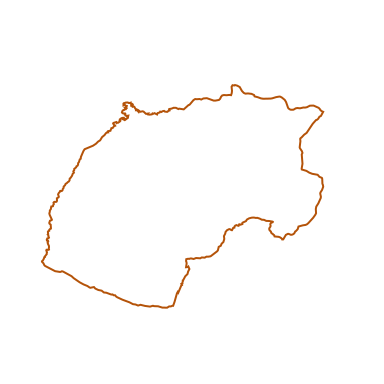 outline of El Castillo, Meta, Colombia, rotated 115°
{"feature_id": "7082276B77029977474757", "entity_name": "El Castillo", "entity_type": "district", "adm_level": 2, "iso_a3": "COL", "parent_name": "Colombia", "parent_adm1": "Meta", "projection": "robinson", "projection_center": [-73.882, 3.627], "detail": "fine", "context": "isolated", "style": "outline", "palette": "amber", "viewbox_px": 384, "rotation_deg": 115, "n_neighbors": 0, "source": "geoboundaries", "source_scale": "gbopen_adm2", "svg_char_len": 6057}
<svg xmlns="http://www.w3.org/2000/svg" viewBox="0 0 384 384"><g transform="rotate(115 192 192)"><path d="M63.9,107.0L63.9,108.9L63.3,110.6L62.8,111.2L62.2,112.8L62.3,118.3L63.9,121.6L66.6,123.7L67.7,125.2L68.4,126.8L70.5,129.5L71.4,132.1L72.4,133.4L74.5,134.8L75.6,137.0L75.8,137.9L75.5,139.8L75.1,140.5L70.7,144.8L69.3,146.9L68.4,150.5L68.3,152.3L68.6,153.2L70.5,155.9L73.3,159.0L74.2,160.4L77.4,166.9L78.0,169.0L78.3,172.5L78.9,175.7L77.9,176.7L77.9,179.5L79.0,182.9L80.3,185.2L80.3,187.0L79.3,189.5L76.7,193.1L76.5,195.9L76.9,198.3L77.6,198.7L78.1,200.4L79.9,200.6L83.4,198.5L85.5,197.8L87.7,197.5L88.3,199.3L89.7,201.6L90.6,204.0L91.7,205.4L93.3,205.9L95.7,205.9L97.2,206.5L99.2,209.3L100.0,211.0L100.7,218.2L102.4,221.2L104.3,222.7L104.5,224.4L105.9,226.9L106.4,228.4L108.1,229.5L113.6,231.0L114.2,231.3L114.7,231.9L120.6,234.4L121.9,238.9L122.6,239.4L122.5,242.1L123.4,244.2L125.1,245.8L126.4,247.7L126.7,247.8L127.6,246.8L128.6,247.8L129.4,248.0L129.9,248.4L130.6,250.7L130.3,251.6L131.3,252.9L132.4,253.5L132.6,254.8L133.6,254.9L135.0,256.5L136.5,256.4L136.4,259.3L137.5,260.2L137.5,261.0L138.5,261.1L138.9,261.6L139.9,263.3L140.4,265.0L140.3,265.4L139.6,265.2L140.6,266.8L139.6,269.9L139.8,271.0L141.1,272.7L140.9,273.9L142.1,274.0L141.8,274.7L140.8,274.7L140.8,275.4L141.4,275.8L141.2,276.5L141.6,277.3L141.3,277.4L140.5,276.7L140.5,278.5L139.1,280.3L139.2,281.1L139.9,281.8L139.8,282.2L139.2,282.7L139.5,283.6L138.9,283.8L138.6,283.6L138.5,282.6L138.3,282.4L137.7,282.6L137.4,283.6L137.8,284.9L137.7,285.2L137.0,285.4L137.9,286.5L138.1,287.0L138.0,288.0L139.0,289.9L139.7,290.5L140.3,291.3L140.8,291.5L142.5,290.7L141.4,289.7L141.9,288.3L141.6,287.5L142.0,287.4L142.5,288.1L143.4,287.0L143.8,287.7L144.0,286.8L145.0,287.0L145.5,288.0L146.2,288.1L146.7,288.8L147.8,289.3L149.4,289.2L149.8,288.6L149.9,287.7L149.1,285.8L149.3,285.5L150.3,285.5L150.6,284.3L150.5,283.1L149.7,282.0L150.7,281.8L151.2,282.4L151.4,281.6L151.8,281.4L155.3,283.3L155.3,283.7L154.0,283.9L154.1,284.9L155.1,285.2L155.3,285.7L154.8,286.0L153.9,285.8L154.2,286.4L155.0,287.2L156.5,288.0L156.9,287.6L157.1,288.0L158.0,287.8L158.4,287.1L160.4,288.2L160.6,288.9L161.3,289.3L160.6,290.2L162.6,292.4L163.3,292.4L164.2,290.9L164.2,289.8L164.4,289.6L165.2,290.5L167.4,290.9L168.1,291.9L168.4,291.7L169.2,292.0L171.0,291.8L172.3,293.8L173.0,294.0L173.5,293.3L174.2,294.3L175.1,294.9L177.3,295.3L180.3,296.7L184.0,297.1L186.0,298.4L188.8,299.4L191.9,301.3L198.6,307.4L200.8,307.7L207.2,307.5L208.9,306.9L209.9,307.5L212.7,307.1L214.0,307.4L215.4,306.8L216.6,306.9L217.6,307.6L218.6,307.4L220.8,308.5L221.9,308.0L223.4,308.3L224.4,307.2L225.9,307.8L227.9,307.6L230.5,308.0L231.5,308.5L233.2,307.9L234.6,308.1L235.6,308.8L236.9,309.2L238.0,310.0L239.5,309.9L241.3,310.6L242.5,310.1L244.0,310.4L245.0,310.1L245.7,310.2L246.4,310.8L246.5,311.6L247.0,312.0L247.6,311.8L249.1,312.3L250.7,312.4L252.6,310.7L253.2,310.7L254.8,311.8L256.9,310.7L257.8,310.6L258.5,311.1L258.9,312.3L259.6,312.9L260.3,313.0L261.3,312.1L262.7,312.3L263.5,312.0L263.9,312.2L264.6,313.4L266.0,313.1L266.9,312.7L268.9,313.0L270.0,312.5L271.6,312.3L272.8,311.4L276.3,307.3L276.8,307.3L278.1,308.6L280.4,308.3L281.0,307.6L281.3,306.3L284.5,304.5L284.8,304.4L285.5,305.0L286.6,305.4L287.5,305.0L288.2,305.7L289.0,305.8L290.7,304.7L291.5,304.8L291.9,303.9L292.9,303.4L293.7,302.4L294.6,302.5L295.2,303.5L296.5,303.5L297.1,303.1L297.1,301.8L297.4,301.5L298.4,301.8L299.1,301.0L299.7,300.9L301.3,298.9L302.4,298.3L304.0,297.8L304.6,297.3L305.0,297.6L305.8,299.4L306.5,299.4L308.0,297.9L308.7,297.9L309.7,297.4L312.5,298.1L313.0,297.8L313.5,298.3L315.1,298.1L316.9,298.2L318.2,298.7L318.6,298.5L319.4,296.5L320.8,294.8L321.1,293.8L321.6,282.6L320.3,278.0L319.9,277.3L318.8,276.4L318.6,275.3L319.2,265.6L320.1,262.8L321.3,255.7L321.6,251.2L321.4,247.0L321.8,244.8L321.8,243.7L319.6,240.7L320.4,238.8L320.4,235.5L319.6,232.2L320.3,229.4L319.5,227.1L319.1,222.2L318.9,221.4L318.4,220.7L318.7,219.4L318.1,218.0L318.8,216.6L319.0,215.4L319.0,209.5L318.4,202.0L318.6,198.1L317.8,195.6L317.7,192.9L316.0,191.0L315.1,186.4L313.6,181.6L311.6,179.3L311.5,178.2L309.9,174.4L309.3,170.0L307.3,165.6L305.4,164.4L304.6,162.8L303.3,161.6L303.1,161.0L298.9,161.4L290.3,162.8L288.6,162.7L289.1,161.9L281.0,162.2L280.6,161.8L279.7,162.8L278.9,162.0L277.9,162.5L276.4,162.6L276.0,163.0L275.4,162.7L271.2,162.5L268.3,161.4L265.7,161.9L262.9,161.8L261.1,163.8L261.8,164.1L262.7,165.6L259.2,166.6L258.0,167.3L257.1,168.2L255.3,168.8L254.2,167.4L253.7,166.1L253.1,165.6L252.6,164.8L252.0,162.2L250.1,160.4L248.6,156.5L247.2,155.5L246.1,152.7L244.5,151.6L243.8,150.0L242.5,148.1L241.9,147.7L235.0,144.1L233.8,143.9L230.4,144.6L228.6,143.2L226.3,143.3L224.1,142.4L220.9,142.9L218.5,144.4L215.7,144.3L214.0,144.7L211.8,144.1L209.9,142.6L209.7,141.8L209.9,140.1L209.7,139.6L207.1,139.5L206.4,138.5L205.3,138.9L204.2,138.6L203.2,137.7L203.1,135.7L202.8,135.4L201.4,135.6L201.1,135.1L201.2,134.3L199.8,132.8L198.9,133.3L198.4,133.2L195.6,130.8L193.8,130.6L191.7,129.1L190.0,127.0L189.0,125.1L188.5,123.1L187.8,121.9L187.5,119.4L187.6,117.0L186.8,115.0L186.8,112.5L185.7,109.9L184.8,106.5L184.9,106.1L185.3,106.1L186.4,107.2L187.6,107.5L188.2,107.4L189.4,106.5L190.2,106.3L192.1,106.6L192.9,106.4L193.9,105.5L194.5,103.8L195.3,103.1L195.8,102.4L195.8,101.2L196.2,100.6L196.4,99.3L197.4,98.4L196.0,94.5L195.9,93.1L196.1,91.7L196.3,90.9L196.9,90.2L196.4,89.3L191.2,88.8L189.4,87.4L189.1,86.7L189.0,84.3L188.5,83.4L187.3,82.3L186.0,81.8L184.2,81.8L183.7,81.4L181.1,80.5L178.3,80.9L175.4,77.5L173.8,75.1L172.6,74.1L171.0,73.4L164.2,71.3L160.4,70.6L158.8,70.6L155.1,72.6L152.7,73.2L149.0,72.7L142.9,72.8L141.6,73.3L139.3,75.1L138.2,75.4L135.2,75.0L131.8,75.3L130.2,76.4L129.4,77.3L125.1,79.5L124.3,80.3L124.4,82.9L123.3,85.4L124.7,90.7L124.9,93.9L124.5,97.2L125.2,102.0L124.5,102.5L119.7,103.8L111.6,108.4L109.9,108.4L108.5,109.7L106.7,112.7L106.0,113.3L100.2,115.2L98.1,116.4L97.5,116.4L96.1,115.7L92.7,114.6L90.0,113.1L79.1,111.4L74.4,110.0L73.8,109.3L72.4,108.6L69.9,108.3L68.6,107.3L63.9,107.0Z" fill="none" stroke="#b45309" stroke-width="2"/></g></svg>